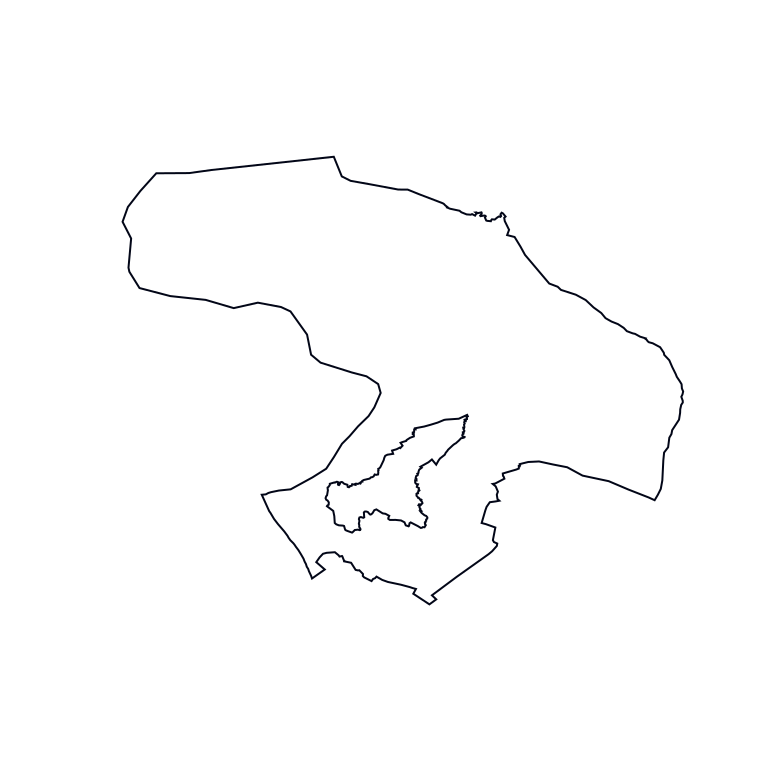 the district of Ohaukwu, Ebonyi, Nigeria, rotated 285°
{"feature_id": "59680162B24000905354670", "entity_name": "Ohaukwu", "entity_type": "district", "adm_level": 2, "iso_a3": "NGA", "parent_name": "Nigeria", "parent_adm1": "Ebonyi", "projection": "natural_earth1", "projection_center": [7.913, 6.539], "detail": "fine", "context": "isolated", "style": "outline", "palette": "ink", "viewbox_px": 768, "rotation_deg": 285, "n_neighbors": 0, "source": "geoboundaries", "source_scale": "gbopen_adm2", "svg_char_len": 6164}
<svg xmlns="http://www.w3.org/2000/svg" viewBox="0 0 768 768"><g transform="rotate(285 384 384)"><path d="M342.9,669.0L341.8,675.5L347.9,677.2L354.3,678.5L362.9,677.8L382.4,673.6L390.3,672.3L396.4,674.8L406.0,673.5L410.0,674.6L414.0,674.3L425.9,678.2L432.7,677.5L436.2,676.7L440.8,676.5L443.4,677.4L445.1,676.9L448.6,674.5L451.1,675.0L454.2,674.9L456.8,672.9L460.8,671.5L463.1,669.1L466.7,665.0L469.1,663.2L475.0,658.0L480.8,653.4L484.7,647.1L486.6,646.2L491.0,641.2L492.9,633.0L492.9,629.0L493.5,627.7L494.8,626.1L495.4,624.6L495.8,624.8L496.0,619.1L497.4,613.5L497.3,611.1L497.9,604.9L500.2,601.1L502.4,594.5L503.2,587.6L504.9,581.0L508.8,575.5L512.2,566.6L517.3,557.1L519.9,546.2L520.7,530.6L522.9,526.6L523.8,517.6L545.2,486.8L552.0,480.3L559.8,472.1L559.7,464.4L565.3,464.9L572.6,458.5L575.6,457.1L577.2,458.1L579.6,454.7L579.9,453.3L578.1,452.6L576.5,453.7L575.5,453.1L575.7,451.8L574.4,450.5L571.5,448.4L571.0,445.6L570.2,445.2L568.9,445.1L568.3,441.4L568.4,440.4L570.9,438.4L572.3,438.9L572.7,438.5L572.7,437.3L571.1,433.8L571.5,433.3L573.3,434.2L574.4,434.2L575.0,433.7L573.4,430.5L573.1,430.1L573.7,429.0L573.4,428.2L573.2,428.7L572.3,429.0L570.2,428.4L570.9,425.1L570.0,424.0L569.2,419.9L569.9,414.3L570.9,412.1L570.4,402.5L570.8,399.3L571.3,399.5L572.4,396.9L573.4,395.3L573.8,393.9L576.4,368.8L577.9,356.6L575.5,347.4L573.3,318.9L571.6,299.2L573.6,289.5L590.5,276.7L546.0,161.8L537.3,141.2L528.6,109.5L507.4,98.7L488.7,90.8L473.0,89.5L459.1,102.1L430.2,107.1L426.5,109.0L413.4,123.0L413.6,154.8L419.1,190.0L418.4,219.2L429.9,241.1L431.7,264.6L429.9,274.9L411.8,296.9L393.4,306.0L388.2,317.2L386.8,349.9L386.9,365.1L382.4,378.4L374.5,383.1L358.9,380.7L349.0,377.4L336.4,369.9L324.6,364.2L315.4,358.9L300.4,354.5L287.2,350.1L275.3,339.1L258.1,321.1L253.9,310.1L250.3,302.9L248.8,300.5L246.8,298.4L245.4,294.6L231.5,306.0L230.1,307.7L225.2,312.7L221.2,317.9L215.8,325.8L212.3,330.2L210.9,331.5L208.9,333.9L206.7,337.7L205.5,339.3L203.9,341.1L201.5,344.2L198.2,347.7L194.4,351.5L191.9,353.3L189.9,355.2L187.5,356.7L185.8,358.6L183.8,359.9L179.9,363.2L177.5,364.8L189.5,374.8L194.4,364.7L199.9,366.7L204.2,369.0L206.1,372.3L208.8,380.1L206.8,384.5L205.8,385.7L207.0,388.0L206.8,388.3L203.4,390.8L203.1,391.4L202.4,391.4L202.8,398.5L197.1,404.7L197.2,407.1L197.7,408.4L195.0,412.9L193.1,413.2L192.1,414.8L190.4,423.0L192.8,423.9L194.2,425.7L196.0,426.6L194.3,433.0L193.8,439.0L194.5,452.3L194.5,461.5L194.3,464.4L194.3,467.9L189.0,466.6L182.9,484.9L189.5,490.2L192.3,485.0L216.5,504.1L246.6,529.0L250.4,531.7L256.8,534.9L259.2,534.7L259.8,531.1L261.3,529.6L274.2,528.7L275.0,518.7L275.0,514.3L288.3,514.6L291.9,514.9L297.2,516.8L299.5,522.3L301.1,525.6L302.2,523.4L306.3,521.6L309.5,521.9L314.0,518.4L315.6,514.9L316.7,517.2L323.7,524.8L325.6,523.5L326.1,522.7L328.3,521.9L335.6,533.9L337.2,536.1L339.1,535.6L339.5,536.4L339.8,536.4L340.2,535.6L341.1,536.4L341.8,535.9L346.0,543.5L349.3,553.8L350.0,568.1L351.0,582.5L346.9,599.5L348.3,626.2L345.3,647.5L342.9,669.0ZM270.2,357.0L272.4,357.8L273.6,357.5L276.1,361.6L276.0,362.1L277.2,363.4L277.4,364.1L277.2,365.7L275.6,365.3L274.8,365.7L274.7,366.7L275.5,367.1L277.8,367.5L278.3,368.1L278.4,369.2L277.3,371.4L277.2,374.7L275.2,375.6L275.2,376.9L275.9,377.4L276.6,377.5L277.3,379.1L279.0,379.2L279.2,382.5L280.1,382.1L280.5,382.7L280.7,384.6L281.8,385.9L281.7,387.0L282.3,387.2L282.9,386.8L283.8,387.6L284.1,388.4L284.9,388.1L286.1,389.4L288.9,394.6L290.5,395.6L291.0,396.8L292.1,397.9L294.2,398.4L294.2,399.9L295.1,401.7L297.1,401.4L298.6,400.8L299.1,401.1L299.8,400.7L300.6,400.4L301.3,401.3L302.8,402.0L310.3,403.4L312.9,403.4L315.0,403.8L316.6,405.6L318.9,410.9L321.8,409.0L324.2,413.0L326.7,415.8L326.4,416.4L329.2,417.9L331.5,415.2L332.5,416.5L334.8,420.2L335.7,420.3L338.8,423.1L341.1,426.4L343.4,425.7L343.1,424.7L344.6,424.3L345.4,425.5L347.9,424.9L348.3,426.2L349.3,425.5L353.3,433.8L356.6,439.4L360.6,445.8L364.9,451.4L365.7,453.2L369.8,465.2L375.7,472.3L374.5,473.3L373.7,472.1L372.7,472.9L371.6,473.2L371.3,472.5L370.7,472.5L370.7,471.5L370.3,471.1L369.6,472.0L369.1,472.4L368.7,471.4L367.6,471.4L366.6,472.2L365.5,471.8L363.2,472.8L362.3,472.8L362.2,471.9L360.9,472.5L359.5,473.8L358.6,473.7L357.8,472.6L356.9,473.0L357.0,473.6L356.7,473.7L356.4,473.7L355.7,472.9L354.6,472.9L354.1,473.2L353.7,473.9L353.8,474.5L353.6,475.6L353.3,475.5L352.4,474.3L351.6,472.5L348.8,471.0L345.3,468.7L344.3,467.6L342.7,466.4L337.1,462.9L336.1,462.6L333.5,461.4L331.4,461.0L326.6,457.4L324.3,456.5L319.6,455.3L323.5,449.8L319.9,447.2L313.5,440.6L312.9,442.1L310.4,440.2L308.3,440.0L307.7,440.2L306.6,440.2L306.0,439.4L305.0,440.2L304.4,440.0L303.4,438.9L301.2,438.9L300.8,439.9L299.2,440.4L299.0,439.0L296.7,439.7L295.8,441.1L295.9,442.8L295.3,442.7L294.0,442.2L293.1,442.3L292.5,444.7L290.8,444.9L290.7,445.5L290.4,445.8L290.0,445.6L289.6,444.9L288.6,445.0L287.9,444.6L287.2,445.1L286.3,443.8L284.5,444.3L283.3,446.1L282.8,446.5L283.0,447.1L282.5,448.0L282.0,448.3L281.7,448.9L282.0,449.7L281.8,450.1L281.1,449.6L280.2,451.0L279.4,451.7L278.8,452.0L277.4,451.2L276.8,448.9L275.8,448.7L275.8,450.3L275.0,449.8L273.8,450.3L272.8,451.5L272.2,451.3L271.1,452.9L270.6,451.8L269.2,453.7L267.7,457.1L267.5,458.9L266.4,460.4L265.2,460.6L264.2,459.9L263.6,459.8L262.8,460.2L261.5,459.5L260.9,459.9L260.4,459.4L258.9,460.1L258.5,460.9L256.1,460.2L255.8,458.5L255.0,457.9L254.5,456.8L255.5,453.5L257.2,445.6L256.1,444.7L253.5,444.9L252.9,444.6L253.1,441.6L255.7,439.6L256.6,435.8L255.7,430.2L254.2,424.9L254.8,423.1L255.6,422.8L258.0,423.2L259.0,419.0L258.7,416.2L260.9,409.1L259.6,407.3L256.4,406.4L254.9,405.5L254.3,404.5L254.9,403.3L256.2,401.4L256.2,399.6L255.7,398.3L254.7,397.8L250.1,399.4L249.4,398.6L249.5,396.1L248.7,394.8L247.0,394.7L245.5,395.7L242.4,395.9L241.5,396.6L239.6,397.0L238.1,398.6L237.6,398.9L236.8,398.8L236.5,398.2L236.6,396.6L235.4,393.6L232.8,392.1L232.2,391.6L232.6,386.6L232.9,384.6L233.8,383.8L236.5,382.2L236.6,381.0L235.8,377.0L236.1,374.2L237.0,372.4L243.5,370.2L248.3,367.8L251.2,360.5L251.9,360.7L253.1,361.8L255.4,361.3L256.8,359.7L257.3,358.1L258.6,357.1L260.6,357.2L261.7,357.8L267.0,357.3L267.9,356.8L269.4,356.3L270.2,357.0Z" fill="none" stroke="#020617" stroke-width="2"/></g></svg>